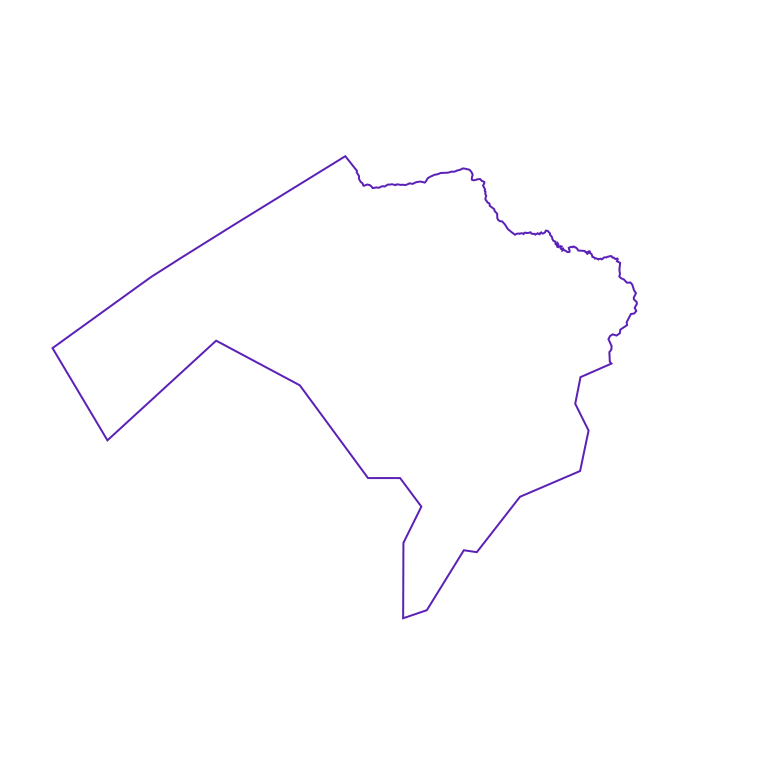 the district of Maiwut, Upper Nile, South Sudan, rotated 238°
{"feature_id": "79223893B33528845536299", "entity_name": "Maiwut", "entity_type": "district", "adm_level": 2, "iso_a3": "SSD", "parent_name": "South Sudan", "parent_adm1": "Upper Nile", "projection": "mercator", "projection_center": [33.888, 8.784], "detail": "fine", "context": "isolated", "style": "outline", "palette": "violet", "viewbox_px": 768, "rotation_deg": 238, "n_neighbors": 0, "source": "geoboundaries", "source_scale": "gbopen_adm2", "svg_char_len": 3550}
<svg xmlns="http://www.w3.org/2000/svg" viewBox="0 0 768 768"><g transform="rotate(238 384 384)"><path d="M590.1,121.9L482.8,119.6L509.7,264.6L427.5,311.9L312.7,320.6L295.7,347.8L260.2,350.7L239.0,316.3L175.2,276.1L169.5,300.5L184.3,330.4L200.7,363.6L192.2,373.6L216.3,439.6L206.3,504.2L236.1,532.8L265.9,535.7L285.7,554.3L280.8,587.7L283.2,587.3L291.6,592.0L292.7,595.0L295.5,597.1L303.1,598.1L304.9,601.2L304.9,604.3L301.9,606.8L302.0,610.8L304.9,613.3L305.1,621.3L307.8,622.5L312.5,630.5L311.2,633.6L312.2,636.6L315.8,637.0L317.9,640.9L319.5,641.7L323.5,640.8L324.9,641.6L327.5,645.8L330.9,645.7L336.7,647.2L339.4,646.8L341.2,643.7L345.6,642.8L348.2,641.0L350.4,640.5L352.4,642.5L355.9,644.0L361.6,648.4L363.9,647.1L364.6,646.6L366.0,648.4L366.8,648.3L367.4,646.5L368.3,646.0L369.4,645.9L370.1,644.8L371.9,644.6L372.5,643.7L373.5,640.7L373.5,639.6L374.2,638.7L374.6,638.0L374.6,636.7L374.3,635.8L374.3,634.7L375.2,634.4L376.3,632.3L376.1,631.7L377.3,631.1L378.6,630.1L378.6,629.4L380.0,629.2L380.7,628.8L381.2,628.1L382.4,628.5L383.8,628.8L384.9,628.7L385.8,628.1L387.3,628.8L387.9,628.2L388.0,627.2L386.9,626.6L386.6,625.5L387.3,625.2L388.5,625.5L389.3,624.7L390.5,624.7L391.4,623.4L392.9,621.4L394.2,619.5L396.0,619.5L397.7,619.2L398.7,618.3L399.4,618.3L400.0,617.7L400.0,616.5L400.8,616.2L401.1,615.0L401.4,614.3L401.5,612.8L400.6,612.5L399.0,612.2L397.8,611.4L398.1,610.3L398.8,609.4L400.5,608.7L402.5,607.5L402.6,606.5L403.5,607.6L404.2,607.6L404.2,606.8L403.9,606.0L404.3,605.8L405.9,605.7L406.3,606.0L406.6,607.4L407.4,606.8L407.8,605.6L407.8,604.2L408.7,603.6L409.4,604.0L409.4,605.2L410.2,605.9L411.6,605.8L411.2,605.2L410.6,604.1L411.6,603.6L412.7,604.0L413.6,604.8L414.4,604.6L415.4,603.6L417.5,603.6L419.6,604.3L420.7,604.2L422.5,603.9L423.9,604.6L425.0,604.3L427.1,604.0L428.3,602.5L427.3,601.0L427.2,598.9L427.9,597.9L429.2,597.7L429.2,596.3L428.5,595.4L429.2,594.7L430.4,594.2L430.4,592.8L430.5,591.5L431.6,591.3L432.3,589.9L433.3,588.8L435.0,588.7L435.3,587.3L436.4,585.0L437.5,584.1L437.8,583.0L437.2,581.9L438.7,580.9L439.5,579.3L439.5,578.6L440.2,578.0L441.1,576.2L441.1,575.3L441.2,574.2L443.5,573.3L446.5,572.2L449.7,571.1L452.6,571.1L455.1,571.1L457.5,570.7L459.2,570.4L460.7,568.5L462.5,567.8L464.5,567.9L466.2,568.9L468.5,570.2L470.0,569.9L472.1,569.5L473.8,570.1L475.6,569.5L477.3,568.8L479.1,568.1L480.3,568.8L481.5,569.0L482.1,568.6L483.0,568.0L485.1,568.0L486.6,567.8L487.7,568.4L489.6,570.5L490.6,570.5L492.0,570.8L493.0,571.9L494.5,571.8L495.4,572.8L497.6,573.0L499.7,573.1L500.8,575.0L502.0,576.1L503.3,575.5L504.1,574.7L505.4,574.4L506.9,574.1L508.1,571.8L508.4,570.1L509.2,568.0L510.3,566.9L511.4,567.1L513.2,568.6L514.4,570.1L517.2,570.5L520.3,570.1L523.5,567.0L525.1,565.0L525.2,562.8L525.7,560.8L526.4,558.9L526.5,557.5L526.9,555.8L528.3,553.9L528.8,551.8L529.6,549.7L531.2,546.9L532.9,543.9L533.5,540.5L534.7,537.6L535.0,534.8L535.3,533.1L535.3,530.1L533.8,527.3L533.2,525.3L535.0,523.6L536.5,522.0L538.0,518.5L538.3,516.9L538.5,514.4L539.5,513.3L540.7,511.8L540.8,510.1L541.5,507.2L543.0,505.7L543.6,504.2L545.2,502.4L546.6,500.5L546.6,499.0L547.9,497.9L549.1,496.7L550.2,494.3L551.1,492.9L551.1,491.4L551.1,489.3L552.4,487.7L552.9,486.5L552.9,484.5L553.6,483.0L554.9,481.5L555.4,479.9L556.2,478.2L558.3,478.0L560.3,477.3L562.1,475.4L562.4,474.0L562.6,472.3L563.3,471.6L565.3,472.1L566.1,472.0L567.3,471.4L569.2,471.3L571.6,471.6L573.5,473.0L575.5,473.0L577.9,473.0L579.1,474.0L597.7,471.9L598.5,341.6L598.5,279.6L598.2,243.7L597.1,226.5L590.1,121.9Z" fill="none" stroke="#5b21b6" stroke-width="2"/></g></svg>